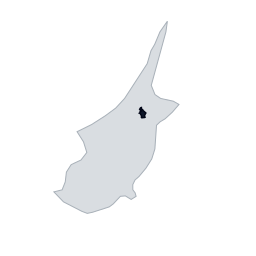 Vatili, Cyprus (highlighted), rotated 321°
{"feature_id": "46923920B79733432634450", "entity_name": "Vatili", "entity_type": "district", "adm_level": 2, "iso_a3": "CYP", "parent_name": "Cyprus", "parent_adm1": "", "projection": "albers", "projection_center": [33.661, 35.144], "detail": "fine", "context": "in_parent", "style": "filled", "palette": "ink", "viewbox_px": 256, "rotation_deg": 321, "n_neighbors": 0, "source": "geoboundaries", "source_scale": "gbopen_adm2", "svg_char_len": 2147}
<svg xmlns="http://www.w3.org/2000/svg" viewBox="0 0 256 256"><g transform="rotate(321 128 128)"><path d="M180.1,135.7L182.4,141.8L172.5,143.6L162.6,144.2L157.0,143.4L151.9,143.8L135.7,161.2L127.0,167.0L116.7,170.5L106.1,172.6L100.8,172.8L96.1,175.0L92.9,179.0L92.7,182.9L91.3,186.2L85.5,185.5L83.2,179.1L79.1,176.3L68.8,177.7L63.8,177.5L47.5,171.2L42.6,168.7L39.6,163.5L31.4,144.8L30.2,131.0L37.9,134.6L45.3,130.4L52.4,123.5L60.8,120.7L66.1,122.0L71.3,123.3L80.6,121.1L84.7,110.8L86.1,98.8L101.9,102.4L117.9,104.2L131.0,104.8L143.9,102.9L183.4,90.1L194.5,82.4L201.4,79.8L213.3,73.4L225.8,69.8L217.9,77.2L172.9,109.5L170.0,119.0L172.0,125.6L178.4,133.6L180.1,135.7Z" fill="#d9dde1" stroke="#a8b0b8" stroke-width="1"/><path d="M150.1,120.4L149.8,120.4L149.5,120.6L149.2,120.7L148.8,120.8L148.8,121.0L149.0,121.2L149.1,121.4L149.2,121.6L149.1,121.9L149.3,122.0L149.2,122.3L149.0,122.2L148.8,122.1L148.6,122.3L148.6,122.6L148.8,122.8L149.1,123.1L148.9,123.3L148.7,123.4L148.4,123.3L148.2,123.1L147.8,122.9L147.7,123.1L147.4,123.3L147.2,123.4L146.8,123.6L146.6,123.6L146.2,123.6L146.3,123.8L146.5,124.1L146.5,124.4L146.5,124.6L146.5,124.9L146.5,125.1L146.4,125.3L146.4,125.5L146.4,125.9L146.4,126.3L146.3,126.5L146.1,126.7L146.1,126.9L145.9,127.1L145.9,127.4L145.8,127.7L145.7,128.0L145.4,128.1L145.2,128.1L145.2,128.4L145.2,128.6L145.2,128.8L145.4,128.9L145.5,128.9L145.6,129.0L145.9,129.2L146.0,129.3L146.4,129.5L146.7,129.7L146.8,129.8L147.1,129.9L147.2,130.1L147.5,130.2L147.7,130.3L147.7,130.1L147.8,130.1L148.1,130.0L148.2,129.7L148.3,129.5L148.4,129.2L148.5,129.1L148.7,128.8L148.8,128.6L149.0,128.5L149.2,128.4L149.4,128.3L149.6,128.3L149.8,128.2L150.0,128.1L150.4,127.9L150.7,127.8L151.0,127.7L151.3,127.6L151.3,127.3L151.3,127.1L151.1,126.8L151.1,126.5L151.1,126.2L151.0,125.6L151.0,125.4L150.9,125.2L150.8,124.9L150.8,124.6L150.7,124.4L150.7,124.1L150.8,123.8L150.8,123.5L150.9,123.0L150.8,122.8L150.7,122.6L150.7,122.4L150.7,122.2L150.6,121.9L150.3,121.7L150.4,121.4L150.6,121.2L150.8,121.0L151.0,120.9L151.3,120.5L151.1,120.4L150.8,120.3L150.6,120.4L150.3,120.3L150.1,120.4Z" fill="#0f172a" stroke="#020617" stroke-width="1.5"/></g></svg>